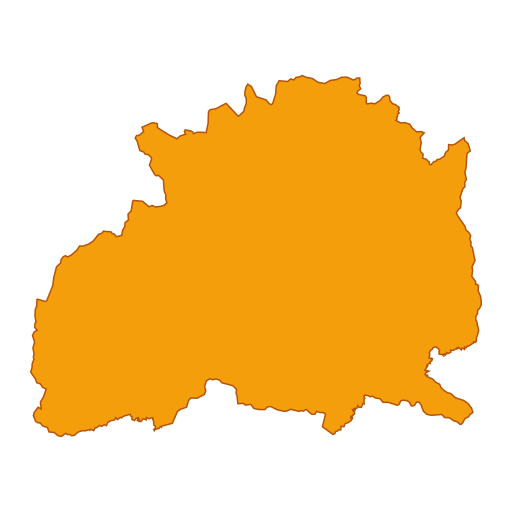 Pong, Phayao, Thailand
{"feature_id": "78962969B4700239694547", "entity_name": "Pong", "entity_type": "district", "adm_level": 2, "iso_a3": "THA", "parent_name": "Thailand", "parent_adm1": "Phayao", "projection": "albers", "projection_center": [100.484, 19.205], "detail": "fine", "context": "isolated", "style": "filled", "palette": "amber", "viewbox_px": 512, "rotation_deg": 0, "n_neighbors": 0, "source": "geoboundaries", "source_scale": "gbopen_adm2", "svg_char_len": 6019}
<svg xmlns="http://www.w3.org/2000/svg" viewBox="0 0 512 512"><path d="M142.0,127.2L143.6,131.5L139.7,135.0L136.5,135.7L135.2,138.1L137.2,141.2L139.8,150.5L143.8,152.1L145.2,154.2L148.4,154.6L151.3,157.6L151.5,159.4L149.4,165.1L154.6,174.5L156.2,175.8L158.5,175.4L163.4,179.9L164.1,190.4L165.9,195.3L165.6,198.8L166.9,202.8L164.2,205.2L160.3,206.4L155.2,207.0L152.5,205.5L148.9,206.7L142.6,201.3L133.5,200.4L132.7,201.3L131.2,210.7L128.0,214.3L128.4,219.9L125.1,222.6L124.7,226.7L122.5,230.5L121.8,235.3L116.5,236.7L114.2,234.0L112.2,233.6L111.1,231.9L103.3,231.2L102.4,233.0L98.6,234.3L93.3,240.9L88.7,244.1L83.1,246.1L79.6,246.0L76.6,250.5L70.8,255.4L67.4,256.9L65.6,255.7L63.2,256.7L61.1,259.7L60.6,263.1L56.5,266.8L53.7,277.9L52.8,285.5L46.6,301.0L44.9,301.4L37.6,299.2L36.9,299.6L36.8,305.7L35.3,309.6L35.0,315.9L35.9,322.2L35.0,323.3L34.7,327.3L37.1,330.3L34.2,331.9L32.5,335.5L34.6,342.2L32.9,348.0L34.1,354.0L33.3,357.0L33.9,359.1L32.1,364.3L32.1,367.2L30.7,372.2L35.8,379.5L36.6,382.7L40.4,383.9L42.5,387.3L46.2,389.1L43.3,397.3L40.4,402.0L41.2,409.0L38.1,407.2L34.1,412.6L33.4,415.6L35.6,421.3L38.0,422.8L40.2,423.0L43.1,426.3L46.6,427.0L47.7,428.1L49.0,432.0L54.2,432.5L57.9,435.6L61.1,436.5L65.9,433.3L67.4,434.6L69.9,434.4L71.7,435.8L74.3,435.3L78.4,431.9L82.3,430.7L85.5,430.8L89.2,429.6L89.8,430.4L91.0,429.4L93.7,430.6L95.2,427.7L97.1,427.5L99.3,425.5L101.7,426.3L104.3,424.7L106.4,425.6L107.8,422.6L110.4,420.8L114.6,419.9L115.8,417.6L117.4,419.6L120.4,417.3L121.4,417.9L123.6,416.2L130.1,414.3L130.7,416.0L131.8,416.6L132.0,419.5L134.5,420.5L135.9,418.6L138.3,417.6L139.2,419.6L137.8,419.5L137.3,420.5L140.0,421.6L140.9,421.6L143.2,418.7L146.3,419.8L146.4,417.5L149.2,418.8L151.1,417.8L153.0,417.9L152.6,419.5L153.4,420.1L153.9,425.1L155.6,426.3L155.3,428.0L153.7,429.6L154.4,430.5L154.6,429.6L159.0,428.4L160.5,426.5L161.5,427.2L161.8,426.1L172.4,423.3L177.4,411.5L180.6,409.2L186.6,407.2L188.4,400.7L190.7,398.0L197.2,398.2L204.4,394.4L205.8,390.6L204.6,386.7L206.3,381.0L209.9,378.7L212.6,379.7L216.0,378.9L219.9,380.3L221.6,382.7L232.7,385.6L236.5,389.3L236.1,393.3L237.1,396.2L237.8,403.7L243.3,403.4L245.4,405.1L250.8,404.4L253.9,408.4L258.8,409.5L264.9,409.6L267.3,407.0L270.6,406.5L277.4,409.8L284.1,411.3L286.9,411.0L290.6,409.3L299.3,411.4L301.4,410.5L303.1,411.2L306.3,409.4L311.2,414.0L312.9,414.4L315.0,414.1L316.6,411.4L320.0,412.6L322.9,412.5L325.2,413.6L325.4,414.7L322.4,426.7L332.9,434.4L334.8,433.7L335.6,431.5L337.6,431.0L338.5,429.8L340.8,429.9L341.0,426.3L344.0,426.7L345.3,423.4L347.9,422.8L350.8,420.8L352.6,418.2L352.1,417.3L350.9,417.9L350.8,416.4L353.0,415.7L353.3,414.3L354.6,414.0L354.4,410.9L353.1,411.0L352.6,409.6L355.0,410.1L355.3,409.4L354.3,409.5L354.0,408.5L356.8,408.4L357.8,405.6L358.9,407.2L361.3,407.4L363.1,403.4L364.1,404.0L364.0,399.1L364.9,398.3L364.0,396.6L364.6,395.1L368.4,395.7L369.8,396.7L372.5,396.2L375.4,398.0L380.1,398.8L383.0,402.3L388.4,402.4L397.1,405.2L398.9,404.7L400.8,400.8L403.0,400.1L407.2,400.7L409.6,402.5L410.9,405.4L412.0,406.1L414.6,405.3L416.5,402.1L419.0,402.1L421.2,405.2L423.4,411.2L426.8,414.3L431.3,415.3L441.8,414.5L444.6,417.5L449.4,417.8L453.9,420.9L456.9,421.6L460.0,424.3L461.1,424.4L462.7,422.8L464.9,418.6L468.5,416.8L469.9,414.6L472.9,412.4L471.5,408.1L468.0,403.5L463.6,400.4L455.4,397.7L450.7,393.5L447.4,392.7L443.4,390.0L440.8,387.3L439.7,384.3L435.4,382.0L432.9,379.2L426.9,376.5L427.6,375.2L425.2,374.8L425.3,373.2L428.9,371.1L424.8,370.3L427.5,366.1L426.6,366.1L426.8,365.1L429.3,363.3L430.3,363.5L430.0,361.8L431.6,361.0L432.4,359.2L431.5,359.0L431.8,358.4L429.1,358.1L429.8,354.0L429.2,352.8L430.8,350.1L432.5,349.1L432.9,347.7L435.7,346.8L438.4,348.6L439.6,350.6L438.9,351.7L439.1,354.1L442.3,354.6L443.7,355.9L443.9,354.1L445.3,354.8L445.2,353.8L446.7,354.0L446.7,352.6L448.8,353.4L450.9,352.0L450.5,350.3L453.7,350.3L457.9,347.3L458.5,347.8L457.9,348.5L459.4,348.0L461.3,349.8L461.9,348.2L463.6,348.7L464.2,348.1L464.6,350.2L464.6,347.1L465.9,347.9L467.4,346.0L468.3,346.2L474.0,342.6L473.8,341.9L475.4,342.3L476.4,341.2L476.3,338.8L478.7,330.7L476.6,321.0L475.8,320.0L475.8,316.4L477.5,313.9L477.7,310.1L479.4,308.6L481.1,305.2L481.3,301.7L480.5,296.3L478.1,290.5L478.5,285.8L477.1,284.3L475.6,284.3L475.5,281.4L471.8,276.4L472.6,270.4L472.0,266.8L475.0,260.7L472.4,247.7L470.8,245.7L471.1,242.4L469.8,239.2L470.7,235.6L468.5,232.1L466.1,230.2L465.0,226.4L457.7,215.8L456.3,212.6L459.0,208.8L460.5,207.9L461.2,201.1L460.0,197.3L462.9,188.8L464.9,186.7L464.7,182.1L466.4,179.5L464.9,172.5L466.0,168.0L466.9,154.4L467.6,152.8L470.3,151.0L468.1,143.6L464.6,140.5L464.1,137.7L455.0,144.1L452.2,145.0L448.6,144.6L448.4,150.0L445.6,152.4L444.4,156.1L439.5,159.3L437.2,159.5L436.2,161.2L433.9,161.5L431.2,164.6L430.3,164.7L429.2,163.8L429.1,161.5L427.5,161.0L426.6,159.3L422.7,158.3L423.1,154.4L420.7,151.6L420.0,149.5L421.3,143.0L420.1,137.4L424.2,132.9L421.4,131.6L416.7,131.9L412.1,127.9L409.7,124.2L405.1,122.7L400.8,123.0L395.8,120.3L397.1,118.9L396.6,117.7L397.7,115.9L397.5,114.2L399.2,113.1L398.1,111.9L399.3,109.4L398.7,108.3L399.2,107.4L394.9,104.3L392.6,103.8L389.8,100.1L389.7,97.2L388.5,95.3L386.7,95.2L383.2,96.8L380.1,100.5L374.9,103.8L371.4,103.2L366.9,103.9L366.2,102.8L366.4,97.8L365.2,95.8L358.5,94.4L356.9,93.1L357.6,91.2L360.7,88.8L359.1,85.7L360.1,83.5L359.7,78.0L356.6,78.1L355.0,79.5L353.0,79.9L347.2,77.2L341.5,77.3L336.5,79.6L330.3,80.4L324.8,83.5L318.0,82.3L312.5,78.5L306.8,77.5L301.9,75.5L300.3,76.7L296.1,77.4L293.8,79.9L290.6,78.9L287.5,81.5L279.1,80.7L276.3,85.6L275.6,94.2L272.6,103.7L271.1,104.7L269.4,103.8L266.1,99.9L256.5,96.8L251.4,86.5L247.8,84.2L246.1,86.8L245.0,91.1L244.9,95.5L246.2,98.3L246.3,103.3L244.3,108.5L244.0,111.1L239.1,115.8L238.0,116.0L226.1,103.3L215.9,108.7L209.9,109.8L208.5,111.7L208.1,123.3L206.2,132.5L197.4,132.2L193.4,133.7L192.6,131.9L190.8,130.9L185.2,129.9L184.4,131.6L185.6,134.2L180.1,136.0L176.9,138.8L169.7,135.3L158.5,128.4L157.3,127.3L157.5,124.1L156.6,123.4L152.3,122.7L142.0,127.2Z" fill="#f59e0b" stroke="#b45309" stroke-width="1.5"/></svg>